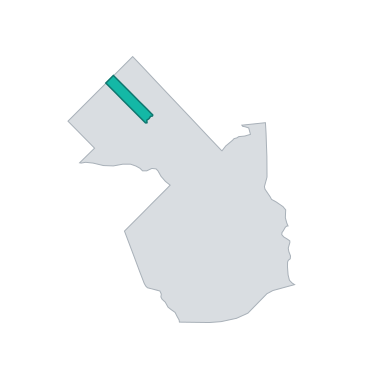 location of San José, Petén, Guatemala, rotated 315°
{"feature_id": "79465075B657648809250", "entity_name": "San José", "entity_type": "district", "adm_level": 2, "iso_a3": "GTM", "parent_name": "Guatemala", "parent_adm1": "Petén", "projection": "equal_earth", "projection_center": [-89.816, 17.394], "detail": "fine", "context": "in_parent", "style": "filled", "palette": "teal", "viewbox_px": 384, "rotation_deg": 315, "n_neighbors": 0, "source": "geoboundaries", "source_scale": "gbopen_adm2", "svg_char_len": 2295}
<svg xmlns="http://www.w3.org/2000/svg" viewBox="0 0 384 384"><g transform="rotate(315 192 192)"><path d="M91.1,275.1L92.4,273.4L93.5,269.4L94.9,265.2L94.1,260.5L93.6,256.6L95.2,251.0L95.0,246.8L95.8,244.2L98.1,242.5L99.3,239.3L92.8,228.2L92.8,225.7L93.7,222.6L99.0,210.7L105.4,196.7L112.4,181.2L116.6,171.9L131.8,171.9L141.8,171.9L154.6,171.8L168.5,171.8L177.6,171.8L181.4,171.7L180.7,165.7L181.2,159.0L182.9,152.9L182.9,150.2L180.2,146.9L174.9,145.0L172.0,142.1L172.0,138.5L170.7,134.0L168.2,128.8L162.9,123.5L154.9,118.0L148.1,110.7L142.5,101.6L137.7,95.7L134.1,93.2L133.2,91.9L143.9,92.0L154.1,92.1L154.2,79.0L154.3,67.3L154.4,54.2L172.7,54.2L194.7,54.2L217.4,54.3L235.3,54.3L245.8,54.3L245.4,70.6L244.8,89.5L244.4,103.4L243.9,122.0L243.4,141.0L242.6,167.0L242.2,183.8L242.4,184.1L248.4,183.3L257.3,184.1L259.4,184.0L262.1,185.5L264.2,185.9L268.8,189.7L274.1,192.6L277.4,186.8L275.6,183.3L274.3,181.5L274.5,180.0L292.9,194.9L290.8,197.3L286.1,202.6L277.6,211.7L270.0,219.9L262.7,227.3L256.1,234.0L255.4,234.6L247.0,239.4L245.6,241.6L243.8,251.0L243.0,253.4L244.5,258.6L246.0,266.7L245.6,270.9L239.8,276.2L237.1,280.9L235.9,283.9L234.9,283.1L233.1,282.9L229.0,284.0L227.0,284.3L225.3,285.6L225.1,288.6L226.2,293.3L226.6,295.7L225.5,296.9L220.4,299.7L218.4,302.5L216.4,306.9L214.2,308.7L211.9,308.4L210.2,309.0L206.7,312.3L201.3,318.6L198.5,323.3L198.4,326.9L199.0,330.0L179.6,318.9L173.1,316.9L145.9,317.2L134.2,312.8L121.0,304.3L112.0,296.6L91.1,275.1Z" fill="#d9dde1" stroke="#a8b0b8" stroke-width="1"/><path d="M218.8,54.0L208.1,54.0L208.1,63.0L208.1,68.7L208.0,77.8L208.0,79.0L208.0,86.8L208.0,95.9L208.0,96.3L208.0,97.7L208.0,104.9L208.0,108.6L208.0,109.1L208.0,110.2L208.3,110.6L208.5,110.7L208.7,110.9L208.8,110.9L208.8,111.0L209.1,111.2L209.3,111.1L209.7,110.5L209.9,110.3L210.3,109.8L210.6,109.5L210.8,109.4L211.1,109.3L211.5,109.3L211.8,109.4L212.3,109.5L212.9,109.7L213.3,109.7L213.8,109.7L214.1,109.6L214.3,109.6L214.5,109.5L215.2,109.4L215.4,109.4L215.9,109.2L216.4,109.3L216.8,109.6L217.1,109.9L217.6,110.2L217.9,110.2L218.0,110.2L218.4,110.0L218.5,109.9L218.7,109.7L218.8,109.5L218.8,109.4L218.8,109.0L218.7,108.2L218.8,99.2L218.7,90.1L218.8,81.1L218.8,72.1L218.8,63.0L218.8,59.6L218.8,59.2L218.8,55.3L218.8,54.0Z" fill="#14b8a6" stroke="#0f766e" stroke-width="1.5"/></g></svg>